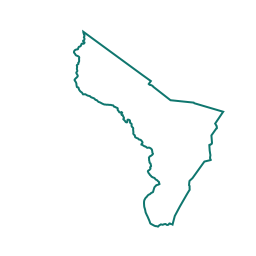 Mangulile, Olancho, Honduras, rotated 304°
{"feature_id": "27666195B89076502999157", "entity_name": "Mangulile", "entity_type": "district", "adm_level": 2, "iso_a3": "HND", "parent_name": "Honduras", "parent_adm1": "Olancho", "projection": "albers", "projection_center": [-86.874, 15.136], "detail": "fine", "context": "isolated", "style": "outline", "palette": "teal", "viewbox_px": 256, "rotation_deg": 304, "n_neighbors": 0, "source": "geoboundaries", "source_scale": "gbopen_adm2", "svg_char_len": 5784}
<svg xmlns="http://www.w3.org/2000/svg" viewBox="0 0 256 256"><g transform="rotate(304 128 128)"><path d="M63.0,208.0L64.6,208.3L66.5,209.2L67.0,210.5L67.2,210.9L67.6,211.2L68.4,211.7L69.3,212.7L69.3,212.9L69.4,213.2L69.4,214.4L69.5,214.6L69.6,214.8L70.0,215.2L70.5,215.6L72.0,215.7L72.1,215.8L72.3,216.2L72.3,216.8L72.4,217.4L72.5,217.6L72.9,218.4L72.9,218.9L81.2,216.0L91.9,214.9L105.9,213.9L109.7,213.7L111.2,213.7L112.0,213.1L112.6,212.7L113.1,212.3L114.2,211.6L114.4,211.4L114.7,210.6L115.4,210.2L117.4,209.1L118.3,208.7L118.7,208.6L122.5,209.5L142.9,210.1L147.7,214.5L147.9,214.4L148.1,214.1L148.3,213.6L148.7,213.1L149.0,212.8L150.7,211.9L151.4,211.6L151.6,211.5L152.3,210.8L152.4,210.7L155.0,208.3L159.4,204.9L159.7,205.0L160.2,205.7L160.4,205.7L160.6,205.7L160.8,205.8L161.3,206.2L161.6,206.2L161.8,206.0L162.0,206.0L162.3,206.1L162.6,206.0L168.5,201.3L176.7,201.5L177.3,201.8L177.5,201.8L177.9,201.6L178.1,201.3L178.6,200.8L178.8,200.7L179.1,200.6L180.4,197.8L194.7,197.8L185.6,169.1L185.8,168.3L174.8,147.7L176.3,125.9L176.5,125.7L176.6,124.6L176.6,123.9L176.5,123.4L175.9,121.7L176.0,121.1L176.1,120.6L179.7,120.7L180.0,110.0L182.8,37.1L182.3,37.5L182.1,37.7L181.5,38.6L180.8,39.3L180.7,39.5L180.6,39.9L180.3,40.2L180.1,40.4L179.8,40.5L178.8,40.6L178.5,40.7L178.3,40.9L178.2,41.4L177.9,41.8L177.7,42.0L177.4,42.2L176.9,42.4L176.5,42.5L175.9,42.4L175.6,42.1L175.4,42.0L175.2,42.0L174.7,42.4L174.6,42.7L174.7,43.6L174.7,43.9L174.5,44.2L174.2,44.3L173.6,44.3L173.4,44.2L173.1,44.1L172.9,43.9L172.3,42.8L172.1,42.6L171.9,42.5L171.5,42.5L170.9,42.7L170.6,42.7L169.8,42.9L169.5,42.9L168.9,42.7L168.2,42.2L167.8,41.9L167.5,41.9L167.0,41.9L165.7,42.3L165.3,42.4L165.1,42.3L164.9,42.1L164.5,41.6L164.0,41.1L162.9,40.5L162.4,40.4L161.9,40.4L161.3,40.5L160.8,40.7L160.5,40.9L160.3,41.2L159.9,42.5L159.4,43.5L159.3,43.8L159.2,44.1L159.2,44.5L159.6,46.3L159.6,46.9L159.6,47.3L159.5,47.7L159.3,48.0L159.1,48.2L158.8,48.4L158.4,48.5L158.0,48.7L157.0,49.5L155.9,50.2L155.2,50.4L154.5,50.3L154.2,50.3L154.0,50.5L153.5,51.0L152.8,50.9L152.1,50.6L151.8,50.5L151.5,50.5L151.2,50.6L150.9,50.9L150.4,51.5L150.2,51.7L149.7,51.9L148.5,52.5L148.2,52.7L147.3,53.8L146.8,54.1L146.6,54.2L146.4,54.2L145.3,54.1L145.0,54.2L144.8,54.3L144.5,54.7L143.5,56.8L143.2,57.1L142.9,57.3L142.4,57.4L141.7,57.3L141.1,57.2L140.0,56.9L138.5,56.7L138.3,56.7L138.1,56.8L137.7,57.1L136.9,59.0L136.2,60.1L135.7,60.6L135.0,61.1L133.5,62.6L133.4,62.8L133.4,63.0L133.7,63.9L133.8,64.1L133.7,64.4L133.6,64.6L133.2,65.0L132.6,65.8L132.4,66.1L132.1,66.8L131.9,67.4L131.7,68.0L131.6,70.0L131.4,70.6L130.9,71.5L130.9,71.8L130.8,72.0L132.1,73.7L132.2,74.6L132.2,75.5L132.3,76.2L132.4,76.7L132.9,78.0L133.1,78.6L133.0,79.0L132.9,80.0L132.9,80.4L133.4,82.4L133.6,83.7L133.5,84.0L133.3,84.5L133.2,85.1L133.2,85.5L133.5,86.2L133.6,86.7L133.5,87.0L133.2,88.3L133.2,89.2L133.6,90.6L133.7,91.7L133.7,92.2L133.8,92.8L134.0,94.2L134.2,95.0L134.4,95.5L134.9,96.3L135.4,97.4L136.1,98.3L136.6,99.4L137.0,100.0L137.4,100.6L137.6,101.0L137.9,102.0L138.4,102.9L138.4,103.0L138.4,103.3L138.0,104.3L137.9,104.7L138.3,105.7L138.3,106.5L138.6,107.8L138.6,108.2L138.6,108.3L138.5,108.5L137.9,108.8L137.3,109.3L137.1,109.5L137.0,109.8L137.0,110.1L137.0,110.3L136.7,110.8L136.3,111.8L136.2,112.0L136.3,112.3L136.6,113.2L136.8,113.4L137.2,113.4L137.5,113.6L137.5,114.1L137.5,114.5L137.3,114.6L137.2,114.7L136.2,114.7L135.7,114.9L135.5,115.1L135.4,115.4L135.3,115.7L135.4,115.9L135.6,116.3L135.7,116.5L135.1,117.2L134.3,118.8L134.1,119.0L133.7,119.2L132.9,119.1L132.6,119.3L132.6,119.5L132.3,121.1L132.1,121.7L131.8,122.4L131.7,122.7L131.7,123.1L131.9,123.6L132.0,123.9L132.3,124.0L132.8,124.0L133.2,123.8L133.8,123.3L134.0,123.2L134.4,123.1L134.6,123.2L134.8,123.2L135.1,123.6L135.3,124.1L135.4,124.8L135.3,125.1L135.3,125.3L135.2,125.5L134.6,126.0L133.6,126.7L133.5,127.0L133.5,127.9L133.3,128.8L132.7,129.2L132.1,129.5L131.8,129.7L131.6,129.9L131.1,131.0L131.0,132.0L130.9,132.2L130.4,132.7L129.7,133.0L128.6,133.9L127.5,134.9L127.3,135.0L127.0,135.1L126.6,135.3L126.2,135.7L126.0,136.0L125.8,136.5L125.8,137.5L125.5,138.0L125.0,138.4L124.7,138.7L124.5,139.0L124.4,139.3L124.4,139.6L124.5,140.1L124.6,141.0L124.9,142.2L124.6,143.5L125.2,145.0L125.1,146.0L124.7,147.1L124.3,148.0L124.2,148.1L123.7,148.3L123.1,148.3L122.0,148.2L121.8,148.3L121.7,148.4L121.8,148.8L122.0,149.3L122.0,149.6L122.0,151.2L122.1,152.1L122.4,152.8L122.4,153.2L122.4,153.7L122.3,154.4L122.3,154.9L122.4,155.1L122.5,155.3L123.4,156.2L123.6,156.6L123.7,157.1L123.8,158.3L123.6,159.4L123.5,159.7L123.1,160.3L122.7,160.6L122.4,161.0L121.1,162.1L121.0,162.3L120.7,163.0L120.1,163.2L119.4,163.1L118.1,162.7L117.4,162.4L116.7,162.0L116.4,161.9L115.0,162.0L114.3,162.7L113.1,163.5L112.4,164.4L111.5,165.1L111.3,165.5L111.2,165.8L111.2,166.3L111.1,166.6L110.0,167.7L109.6,168.2L109.2,168.5L108.8,168.5L108.2,168.3L107.9,168.3L107.7,168.4L107.1,169.2L106.9,169.3L106.7,169.4L105.2,169.2L104.0,168.6L103.5,168.6L103.2,168.7L102.7,169.4L102.3,170.0L101.9,171.1L101.8,171.6L101.4,172.3L101.2,173.7L100.8,174.8L101.0,175.8L101.0,176.6L101.3,177.5L101.4,177.9L101.2,178.5L100.9,179.3L100.8,179.7L100.8,180.0L101.0,181.1L100.9,181.7L100.7,182.4L100.6,183.6L100.5,183.9L100.4,184.1L100.1,184.3L99.8,184.5L99.5,184.8L99.3,185.2L99.2,185.4L98.6,185.2L97.6,184.5L96.6,183.6L96.2,183.4L95.4,183.4L94.7,183.2L93.9,183.1L93.5,183.1L90.5,184.0L89.4,184.4L88.9,184.5L88.5,184.4L87.2,183.6L86.0,183.3L85.3,183.1L84.2,182.4L83.9,182.3L83.1,182.1L81.3,182.0L80.8,181.9L80.2,181.7L79.3,181.7L77.3,181.9L76.1,182.4L74.5,183.4L72.8,184.7L71.7,185.6L70.0,187.7L68.4,189.3L67.8,189.9L67.4,190.6L66.2,192.5L65.8,193.3L63.9,196.3L62.7,198.1L61.6,199.5L61.4,200.0L61.3,200.3L61.4,201.1L61.5,202.4L61.6,203.2L61.7,204.4L62.0,205.6L62.7,206.8L63.0,208.0Z" fill="none" stroke="#0f766e" stroke-width="2"/></g></svg>